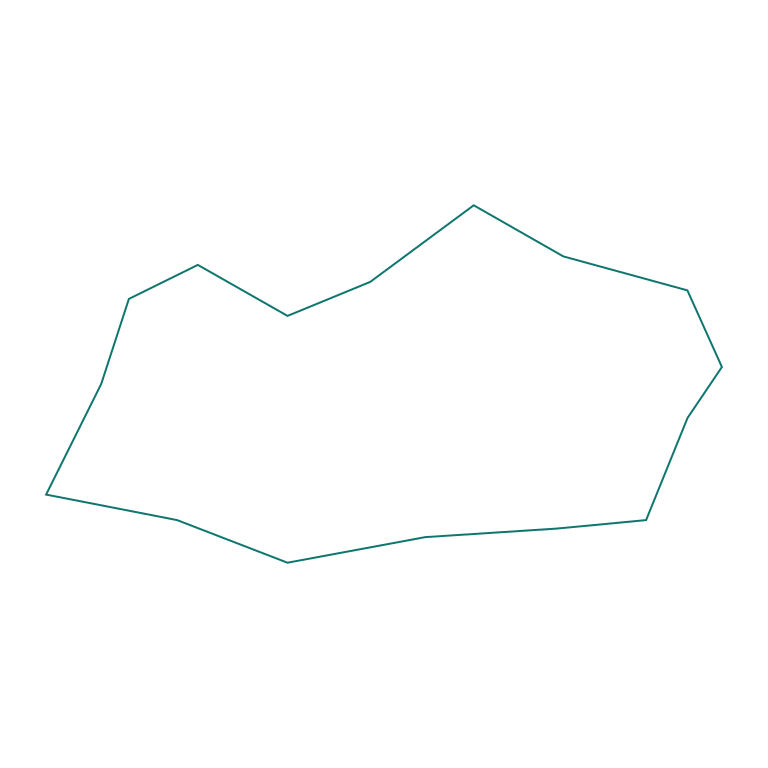 SVG path tracing the border of Mqabba
{"feature_id": "MLT-5969", "entity_name": "Mqabba", "entity_type": "state/province", "adm_level": 1, "iso_a3": "MLT", "parent_name": "Malta", "parent_adm1": "", "projection": "orthographic", "projection_center": [14.465, 35.843], "detail": "fine", "context": "isolated", "style": "outline", "palette": "teal", "viewbox_px": 768, "rotation_deg": 0, "n_neighbors": 0, "source": "natural_earth", "source_scale": "10m", "svg_char_len": 329}
<svg xmlns="http://www.w3.org/2000/svg" viewBox="0 0 768 768"><path d="M46.1,494.6L101.2,384.0L128.9,298.9L197.8,264.9L287.5,315.9L370.2,281.9L473.7,205.3L563.3,256.4L687.4,290.4L721.9,367.0L687.5,418.0L646.1,520.1L556.4,528.6L425.4,537.1L287.4,562.7L177.1,520.1L46.1,494.6Z" fill="none" stroke="#0f766e" stroke-width="2"/></svg>